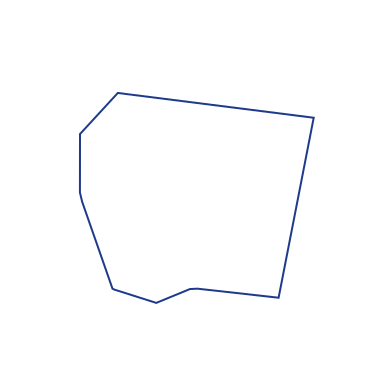 the border of Saint George, rotated 208°
{"feature_id": "BRB-1991", "entity_name": "Saint George", "entity_type": "Parish", "adm_level": 1, "iso_a3": "BRB", "parent_name": "Barbados", "parent_adm1": "", "projection": "mercator", "projection_center": [-59.543, 13.145], "detail": "fine", "context": "isolated", "style": "outline", "palette": "blue", "viewbox_px": 384, "rotation_deg": 208, "n_neighbors": 0, "source": "natural_earth", "source_scale": "10m", "svg_char_len": 305}
<svg xmlns="http://www.w3.org/2000/svg" viewBox="0 0 384 384"><g transform="rotate(208 192 192)"><path d="M216.8,69.3L284.3,131.7L290.7,138.9L318.1,190.6L304.0,244.6L119.4,314.7L65.9,139.3L141.8,109.2L148.3,105.3L171.5,77.3L214.6,69.4L216.8,69.3Z" fill="none" stroke="#1e3a8a" stroke-width="2"/></g></svg>